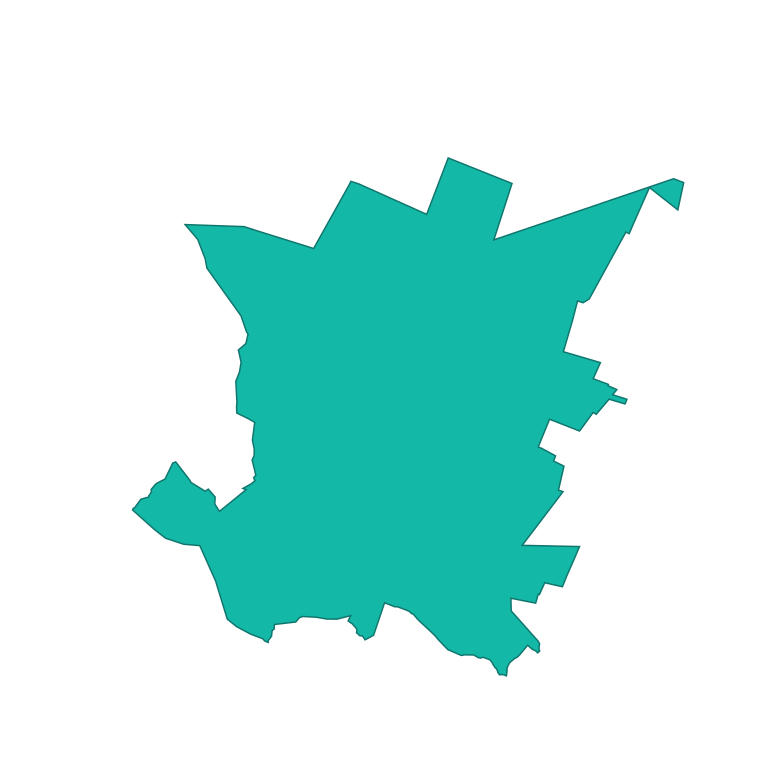 outline of Santa Elena, Yucatán, Mexico, rotated 107°
{"feature_id": "50627088B55923082942331", "entity_name": "Santa Elena", "entity_type": "district", "adm_level": 2, "iso_a3": "MEX", "parent_name": "Mexico", "parent_adm1": "Yucatán", "projection": "robinson", "projection_center": [-89.676, 20.255], "detail": "fine", "context": "isolated", "style": "filled", "palette": "teal", "viewbox_px": 768, "rotation_deg": 107, "n_neighbors": 0, "source": "geoboundaries", "source_scale": "gbopen_adm2", "svg_char_len": 2907}
<svg xmlns="http://www.w3.org/2000/svg" viewBox="0 0 768 768"><g transform="rotate(107 384 384)"><path d="M204.5,475.7L275.0,490.9L274.6,552.1L274.4,563.8L289.7,620.8L300.2,604.4L316.8,591.4L317.0,591.4L325.0,587.2L360.6,540.7L368.0,535.3L374.2,530.8L376.1,528.6L385.7,527.9L394.1,533.2L405.0,527.0L414.8,525.7L424.7,526.5L444.2,519.4L449.3,518.2L454.8,516.3L457.0,502.8L458.6,496.2L460.6,496.1L475.1,493.6L476.0,493.5L484.5,488.9L490.9,487.2L493.7,487.8L495.4,487.8L505.4,481.8L508.9,479.9L511.7,481.3L514.2,479.1L518.0,481.6L518.5,482.0L523.2,486.5L525.1,488.4L525.4,485.0L553.9,504.1L548.3,510.7L541.5,512.4L535.9,521.3L538.8,523.6L534.6,539.8L532.9,541.4L519.4,560.4L521.3,562.9L538.9,565.6L545.4,572.3L547.2,573.4L549.4,574.3L552.8,575.8L555.1,575.0L557.1,575.3L559.3,576.2L561.0,576.0L561.3,576.6L565.2,582.8L575.3,586.3L576.1,587.4L578.0,587.6L590.6,560.3L595.4,547.6L595.8,528.6L592.4,512.9L621.7,487.4L654.7,465.1L659.1,454.1L662.0,439.5L662.3,437.5L663.0,425.8L664.7,422.6L665.0,419.2L662.9,419.6L658.2,417.8L652.5,418.9L650.5,417.4L646.0,418.5L637.4,398.8L632.3,396.6L630.1,393.8L626.8,380.4L625.5,370.0L622.6,360.2L615.3,348.2L621.0,349.0L621.4,348.1L622.2,345.8L622.6,344.1L623.8,342.4L625.2,339.9L626.9,338.1L628.0,337.7L629.2,337.7L630.1,337.5L630.2,336.4L631.4,334.5L631.8,333.4L631.2,330.9L634.2,327.3L627.3,320.5L593.1,319.5L593.9,308.2L593.1,306.5L593.7,296.1L594.1,293.2L595.4,290.8L595.7,288.4L598.6,283.9L600.3,280.9L606.5,268.1L609.5,262.1L613.0,256.7L619.3,245.4L621.0,230.8L619.3,227.3L616.9,218.9L618.1,213.8L617.9,212.6L618.0,211.8L616.3,209.2L616.6,204.7L616.9,201.7L618.3,200.0L618.5,199.4L619.1,198.9L620.8,197.3L621.3,196.3L622.4,195.4L622.4,195.2L622.9,194.6L623.0,193.8L623.8,193.1L624.3,192.2L626.7,190.7L628.3,188.5L627.1,185.3L627.3,181.6L622.1,182.5L621.5,182.7L621.3,183.2L617.5,183.1L613.7,182.3L608.3,178.8L606.2,176.6L604.1,175.5L603.4,175.1L594.4,171.3L591.8,170.3L594.4,164.5L594.5,163.8L594.6,162.6L595.0,160.6L596.2,158.5L594.9,157.6L593.8,157.1L593.2,157.3L593.1,157.8L592.3,158.1L591.4,158.6L586.9,159.3L586.3,159.8L585.3,161.0L584.8,161.5L563.8,196.0L551.8,200.0L549.2,174.9L539.9,175.0L539.9,173.8L527.1,172.2L525.7,154.1L515.0,153.2L497.3,151.1L482.3,149.5L497.9,204.7L486.6,200.5L434.6,181.3L434.6,186.1L410.0,187.9L408.1,199.0L408.0,199.3L402.6,198.9L399.4,214.6L399.1,218.1L369.3,215.4L371.8,183.3L368.0,181.9L350.1,175.7L350.2,175.1L350.9,172.2L332.7,164.3L332.6,147.7L330.2,147.4L327.6,147.2L327.4,162.2L321.3,159.7L320.7,164.5L320.2,169.2L318.8,169.3L317.8,185.5L300.3,183.3L300.7,221.9L269.1,222.3L263.6,222.5L248.0,223.2L248.1,217.4L242.7,212.6L225.3,209.0L168.0,197.1L168.5,193.5L157.7,192.3L118.5,187.6L131.6,153.9L103.8,156.3L103.0,167.0L138.1,215.7L160.7,247.0L186.2,282.4L213.1,319.8L214.0,321.1L154.8,320.2L150.9,367.4L149.1,388.7L209.3,392.8L200.0,466.8L199.9,474.9L204.5,475.7Z" fill="#14b8a6" stroke="#0f766e" stroke-width="1.5"/></g></svg>